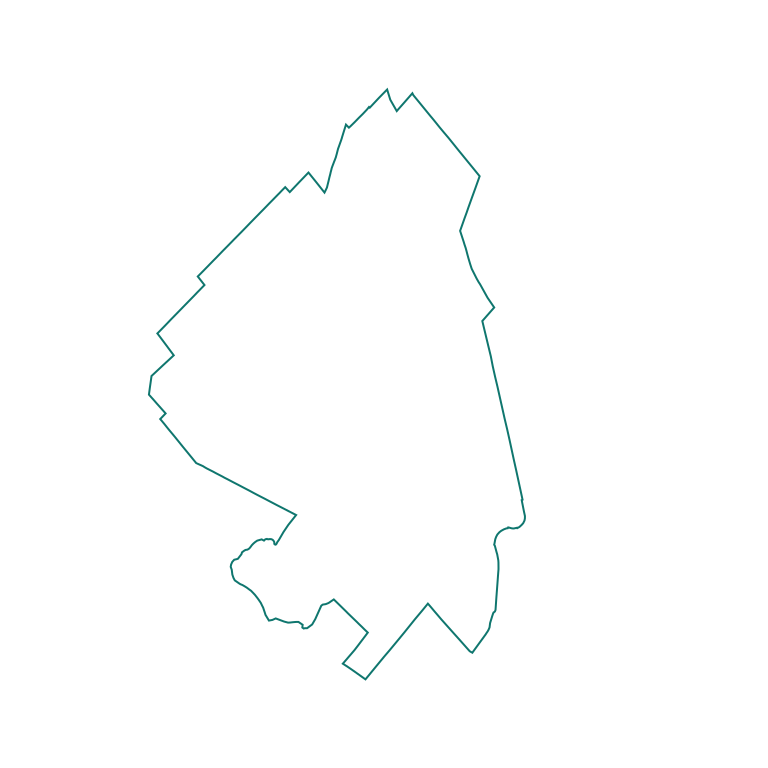 the district of Cocotitlán, México, Mexico, rotated 32°
{"feature_id": "50627088B34264143573163", "entity_name": "Cocotitlán", "entity_type": "district", "adm_level": 2, "iso_a3": "MEX", "parent_name": "Mexico", "parent_adm1": "México", "projection": "equal_earth", "projection_center": [-98.857, 19.228], "detail": "fine", "context": "isolated", "style": "outline", "palette": "teal", "viewbox_px": 768, "rotation_deg": 32, "n_neighbors": 0, "source": "geoboundaries", "source_scale": "gbopen_adm2", "svg_char_len": 4425}
<svg xmlns="http://www.w3.org/2000/svg" viewBox="0 0 768 768"><g transform="rotate(32 384 384)"><path d="M598.3,565.2L601.3,565.1L602.1,553.7L602.9,542.4L602.9,540.9L603.0,538.9L602.9,537.0L602.5,534.5L600.7,530.6L600.6,530.3L598.8,523.6L598.1,520.7L598.0,519.6L598.3,519.2L598.6,518.1L598.3,516.5L592.7,506.0L588.5,498.0L584.4,490.2L582.7,487.0L579.2,480.3L575.7,474.8L574.4,473.0L573.4,471.9L570.3,468.5L568.6,467.0L563.8,462.5L562.6,461.9L562.4,461.2L560.6,456.6L560.1,454.2L559.9,451.6L560.4,448.6L561.2,446.4L562.7,443.7L564.3,441.6L565.4,440.7L565.3,439.8L566.1,439.5L567.2,439.2L568.2,438.9L569.3,438.5L570.7,437.7L573.0,435.4L573.4,435.6L574.6,433.5L575.4,430.6L575.8,428.3L575.5,425.3L574.7,423.3L573.5,421.3L570.1,417.8L562.3,409.5L562.8,408.7L555.7,401.4L548.6,394.1L541.5,386.8L534.3,379.5L527.2,372.2L520.1,364.9L512.4,357.1L504.6,349.4L496.9,341.6L489.2,333.8L481.5,326.0L474.1,318.7L466.8,311.3L460.0,304.0L450.9,295.1L450.5,294.7L434.0,278.5L435.3,270.5L436.9,260.7L426.4,256.1L425.8,255.8L412.6,248.5L410.2,247.4L406.7,245.5L397.3,239.8L393.6,236.7L389.4,233.0L388.3,232.0L385.7,229.6L383.5,227.5L381.1,225.3L378.4,223.1L376.7,221.6L376.0,221.0L367.4,213.8L364.5,200.8L363.3,195.1L361.9,189.0L359.8,179.3L357.8,169.9L355.0,157.1L342.7,152.9L331.2,149.0L328.3,148.0L325.3,147.0L319.8,145.1L313.8,143.0L312.9,142.7L308.6,141.2L301.7,139.0L295.3,136.9L288.4,134.5L283.7,132.9L281.5,132.2L274.1,129.7L265.0,126.6L255.8,123.5L254.0,122.4L251.8,136.0L250.6,143.1L250.2,145.8L238.7,139.6L230.6,132.6L228.1,144.0L225.5,157.2L224.5,157.0L224.1,160.3L222.9,166.3L221.6,171.7L220.4,177.3L219.0,183.1L218.4,185.2L214.3,184.2L216.4,192.2L217.7,197.1L217.9,197.7L218.5,200.1L219.1,202.9L219.9,206.5L220.4,208.9L222.0,213.9L222.7,216.3L223.0,217.2L223.2,218.3L223.6,220.2L223.9,222.0L224.2,223.4L224.7,226.0L224.8,226.5L225.3,228.8L225.8,230.2L226.5,232.5L227.2,234.5L228.2,237.7L229.3,240.9L230.8,245.5L231.2,246.7L231.5,247.6L232.0,252.0L232.1,253.2L220.0,248.9L207.9,244.7L205.1,257.9L202.4,271.2L195.9,269.4L194.9,273.9L194.1,277.8L193.7,279.5L191.0,291.7L189.2,300.1L188.4,303.6L185.3,317.7L183.0,328.5L180.1,341.4L179.6,343.8L176.7,356.8L174.7,366.2L173.9,369.7L171.1,382.6L169.1,391.5L179.3,395.2L177.0,405.8L176.1,410.2L175.0,415.2L172.9,424.8L171.3,432.2L169.3,441.3L167.6,449.5L165.3,460.0L165.0,461.2L166.6,461.8L174.9,465.0L184.1,468.6L190.5,471.1L186.5,485.8L182.6,500.4L184.7,505.1L187.4,511.2L190.3,517.6L196.9,519.5L201.5,520.9L208.0,522.8L214.4,524.7L213.6,528.5L212.8,532.3L218.9,534.3L222.8,535.7L226.9,537.1L233.6,539.3L236.8,540.4L246.6,543.8L256.1,547.0L266.7,550.6L273.9,549.6L276.6,549.6L278.8,549.5L279.8,549.4L282.2,549.2L285.4,548.9L288.8,548.7L292.4,548.4L296.2,548.1L298.5,548.0L301.7,547.7L308.5,547.2L314.5,546.7L319.9,546.3L326.3,545.8L331.1,545.5L335.2,545.2L340.1,544.8L343.6,544.5L349.0,544.1L355.6,543.6L357.0,543.5L359.3,543.3L362.8,543.0L378.9,541.7L377.5,554.2L377.2,562.9L377.5,571.9L377.3,574.9L377.5,576.0L377.5,577.1L377.2,577.7L376.7,577.9L376.1,577.7L375.7,577.7L374.8,576.3L373.5,575.5L372.4,575.2L371.2,575.2L370.2,575.5L369.4,576.1L368.9,576.3L368.1,577.1L367.2,577.4L366.8,577.4L366.2,578.1L365.8,578.4L365.5,579.0L365.2,580.4L362.6,580.6L359.5,584.0L358.5,586.3L357.8,588.5L357.3,590.9L357.2,592.7L356.9,594.9L356.4,596.0L356.0,596.8L354.4,598.2L354.3,598.5L353.7,599.6L352.8,602.0L353.1,603.2L353.3,603.9L352.7,609.7L351.7,610.8L350.1,612.4L349.6,615.3L350.0,618.1L350.9,620.3L353.3,622.2L356.4,626.0L359.1,628.2L361.5,629.6L367.5,629.9L368.8,629.8L370.4,629.5L373.0,629.4L375.6,629.4L379.0,629.7L380.9,629.8L386.3,631.2L390.4,632.7L392.1,633.4L395.5,634.9L397.7,636.3L399.0,637.1L399.9,637.6L405.1,641.9L405.7,642.5L411.8,645.6L414.4,643.2L415.4,641.7L416.4,640.2L425.2,638.4L429.1,637.2L430.7,636.1L433.6,633.8L435.9,632.1L437.5,631.1L442.6,631.3L443.8,633.8L445.5,633.9L446.1,633.2L448.2,631.8L450.5,626.0L450.3,619.8L448.3,605.3L448.6,604.4L449.0,603.5L451.2,601.6L452.9,599.3L453.5,598.1L454.0,596.9L455.6,593.3L464.3,595.2L472.9,597.1L474.5,597.5L487.7,600.3L489.8,600.8L493.7,601.6L497.6,602.5L502.0,603.4L500.5,620.2L500.3,622.2L500.0,625.3L497.3,643.0L503.2,643.1L505.9,643.2L511.8,643.5L524.8,644.3L526.7,629.7L528.6,615.2L529.8,607.2L531.3,596.1L532.9,583.9L534.9,567.1L536.5,555.7L537.6,547.0L538.3,547.2L542.8,548.6L547.7,550.2L552.2,551.6L557.2,553.2L562.0,554.6L574.7,558.3L585.4,561.4L598.3,565.2Z" fill="none" stroke="#0f766e" stroke-width="2"/></g></svg>